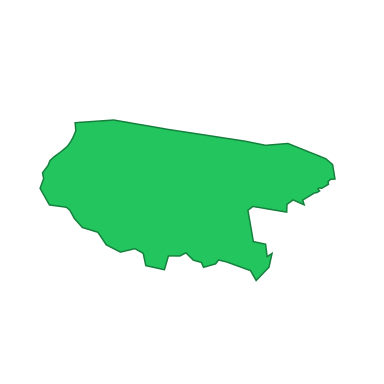 the district of Mansoura, Cyprus, rotated 250°
{"feature_id": "46923920B83327949729976", "entity_name": "Mansoura", "entity_type": "district", "adm_level": 2, "iso_a3": "CYP", "parent_name": "Cyprus", "parent_adm1": "", "projection": "albers", "projection_center": [32.619, 35.182], "detail": "fine", "context": "isolated", "style": "filled", "palette": "green", "viewbox_px": 384, "rotation_deg": 250, "n_neighbors": 0, "source": "geoboundaries", "source_scale": "gbopen_adm2", "svg_char_len": 931}
<svg xmlns="http://www.w3.org/2000/svg" viewBox="0 0 384 384"><g transform="rotate(250 192 192)"><path d="M297.1,105.9L289.2,103.7L283.9,98.8L280.8,95.2L277.6,90.7L274.5,82.2L272.3,74.6L270.1,69.3L266.1,65.7L261.2,58.1L255.4,57.2L247.4,50.5L228.6,53.6L220.6,68.8L216.6,71.0L207.3,72.4L196.1,76.9L186.3,89.8L171.6,93.4L160.0,104.2L158.3,118.9L151.1,125.2L138.6,123.4L128.4,139.5L140.0,148.0L136.0,158.8L136.9,165.5L127.5,169.9L122.6,176.7L117.3,177.1L116.4,189.6L119.0,193.7L114.6,200.4L98.1,220.1L86.9,222.0L95.0,238.6L106.9,246.2L105.6,240.5L117.8,243.3L124.4,232.7L155.7,238.3L157.6,244.3L140.7,274.1L147.9,277.0L150.0,284.2L141.6,293.0L146.6,293.3L149.3,307.2L148.7,309.0L149.4,312.3L151.7,311.3L152.3,313.0L151.1,315.2L152.6,322.9L155.2,323.4L156.5,326.6L155.3,330.8L169.7,333.5L177.5,329.1L204.8,298.7L210.7,277.1L221.4,259.6L259.1,190.7L286.4,143.1L297.1,105.9Z" fill="#22c55e" stroke="#15803d" stroke-width="1.5"/></g></svg>